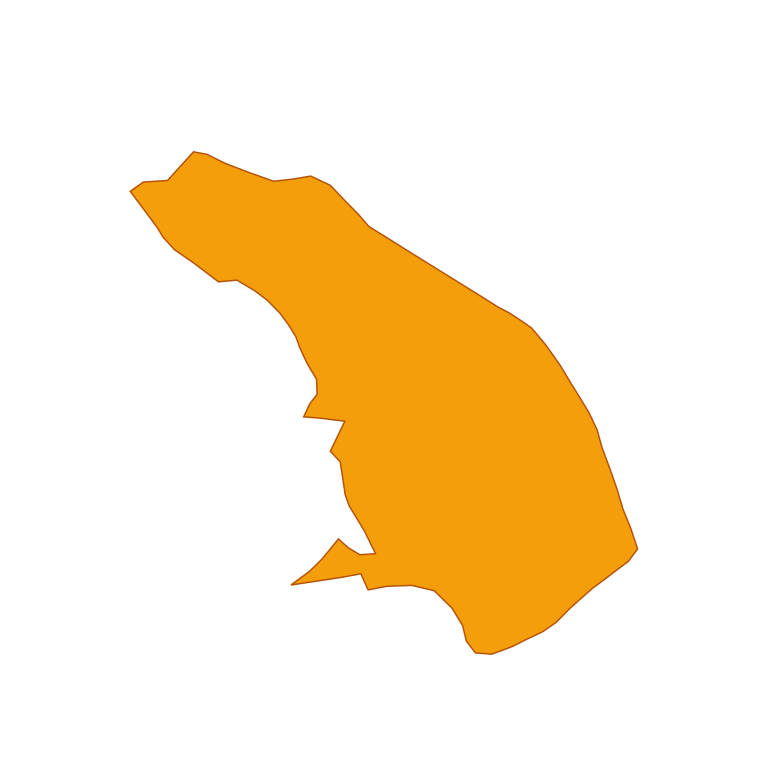 Raposa, Brazil, rotated 64°
{"feature_id": "56859067B6565916351535", "entity_name": "Raposa", "entity_type": "district", "adm_level": 2, "iso_a3": "BRA", "parent_name": "Brazil", "parent_adm1": "", "projection": "robinson", "projection_center": [-44.091, -2.442], "detail": "fine", "context": "isolated", "style": "filled", "palette": "amber", "viewbox_px": 768, "rotation_deg": 64, "n_neighbors": 0, "source": "geoboundaries", "source_scale": "gbopen_adm2", "svg_char_len": 1234}
<svg xmlns="http://www.w3.org/2000/svg" viewBox="0 0 768 768"><g transform="rotate(64 384 384)"><path d="M523.9,555.7L539.7,505.1L544.4,488.0L562.1,488.5L567.1,470.0L577.2,447.3L591.9,429.4L615.5,421.1L635.6,419.2L651.2,422.7L665.8,419.7L674.1,405.5L676.2,383.6L676.0,368.9L676.2,349.9L673.6,333.3L667.0,314.8L662.8,299.8L659.0,285.9L655.9,269.6L653.1,255.7L650.5,242.0L643.4,228.4L621.4,225.4L601.3,224.1L580.3,220.6L564.5,218.7L536.1,215.8L518.9,212.6L500.2,212.3L484.6,213.7L463.9,215.8L445.0,217.4L420.1,221.4L398.4,226.8L388.3,232.4L374.8,240.4L365.1,247.6L344.3,260.5L279.6,301.2L253.4,317.5L235.9,328.5L220.0,332.7L202.6,338.6L182.0,345.1L165.0,358.7L160.0,375.8L153.4,394.3L135.7,411.7L116.6,429.6L100.0,442.5L91.8,453.4L99.3,472.2L106.2,489.3L97.0,511.8L99.6,527.6L124.8,522.8L143.7,519.3L155.3,518.2L171.6,513.4L191.0,502.4L219.6,488.0L226.2,470.6L243.9,459.1L257.8,452.1L274.6,446.5L289.3,443.8L302.7,442.5L314.8,443.8L331.8,444.1L350.0,442.5L363.9,448.6L369.4,459.6L378.3,470.6L386.4,456.9L400.3,435.5L420.9,461.7L434.8,457.5L450.4,462.3L466.4,467.4L478.3,468.7L508.0,466.0L532.8,466.0L526.9,480.5L515.4,488.0L503.3,492.8L514.2,516.6L519.6,532.7L523.9,555.7Z" fill="#f59e0b" stroke="#b45309" stroke-width="1.5"/></g></svg>